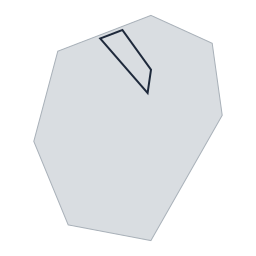 Ewa on a map of Nauru (Albers equal-area conic projection)
{"feature_id": "NRU-4977", "entity_name": "Ewa", "entity_type": "state/province", "adm_level": 1, "iso_a3": "NRU", "parent_name": "Nauru", "parent_adm1": "", "projection": "albers", "projection_center": [166.932, -0.502], "detail": "fine", "context": "in_parent", "style": "outline", "palette": "slate", "viewbox_px": 256, "rotation_deg": 0, "n_neighbors": 0, "source": "natural_earth", "source_scale": "10m", "svg_char_len": 334}
<svg xmlns="http://www.w3.org/2000/svg" viewBox="0 0 256 256"><path d="M222.2,115.3L150.9,240.6L68.2,224.9L33.8,141.4L57.8,51.2L150.9,15.4L212.2,43.3L222.2,115.3Z" fill="#d9dde1" stroke="#a8b0b8" stroke-width="1"/><path d="M100.2,38.5L122.4,30.0L151.0,69.7L147.6,93.0L100.2,38.5Z" fill="none" stroke="#1e293b" stroke-width="2"/></svg>